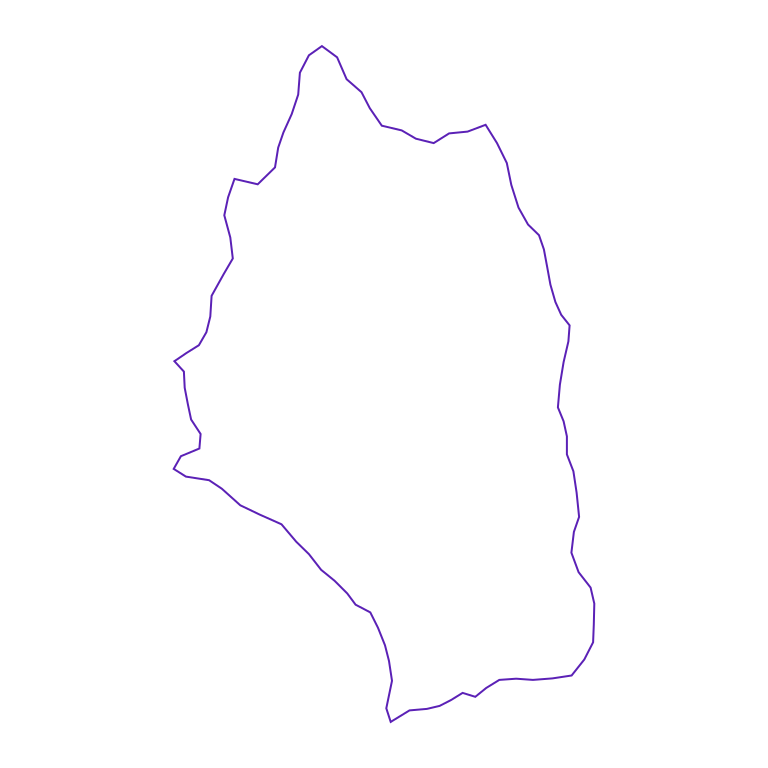 outline of Córrego Fundo, Minas Gerais, Brazil
{"feature_id": "56859067B51911600975572", "entity_name": "Córrego Fundo", "entity_type": "district", "adm_level": 2, "iso_a3": "BRA", "parent_name": "Brazil", "parent_adm1": "Minas Gerais", "projection": "natural_earth1", "projection_center": [-45.534, -20.449], "detail": "fine", "context": "isolated", "style": "outline", "palette": "violet", "viewbox_px": 768, "rotation_deg": 0, "n_neighbors": 0, "source": "geoboundaries", "source_scale": "gbopen_adm2", "svg_char_len": 1343}
<svg xmlns="http://www.w3.org/2000/svg" viewBox="0 0 768 768"><path d="M299.9,72.7L298.2,94.6L291.7,114.1L283.4,132.5L278.2,147.6L275.0,167.4L257.7,184.3L234.5,178.9L228.1,197.3L224.3,215.3L230.3,237.5L232.8,258.5L223.8,273.9L211.6,295.8L210.3,316.5L206.4,332.2L198.9,345.2L186.6,352.9L174.4,361.2L183.9,371.6L184.7,387.8L187.9,404.4L191.1,419.5L200.6,434.0L199.4,448.5L180.9,456.2L173.7,468.9L185.9,476.6L209.1,480.2L221.8,488.7L240.3,505.3L259.5,514.5L281.5,524.3L296.2,541.7L308.9,554.1L321.1,569.8L334.6,580.8L347.3,593.5L355.6,604.7L370.3,612.4L378.0,627.8L385.0,645.3L389.0,661.0L392.0,680.8L386.3,708.3L390.7,721.9L409.5,710.4L426.9,708.9L439.6,705.9L451.1,700.0L462.6,692.9L475.3,696.8L486.3,687.9L499.3,679.9L516.2,678.7L532.9,679.9L552.4,678.4L571.6,675.5L584.3,659.5L593.1,642.3L593.8,624.6L594.3,603.6L590.6,587.6L578.6,572.2L571.4,552.7L573.9,531.9L579.1,516.9L576.6,492.6L573.4,471.3L566.9,454.4L566.9,436.4L563.6,421.3L557.9,407.4L559.9,384.6L563.6,362.1L568.4,341.4L569.6,325.4L561.2,314.8L555.4,302.0L550.4,284.6L547.2,267.1L543.9,249.4L539.0,235.2L528.0,224.5L518.5,207.6L511.3,184.9L506.8,163.0L497.0,143.1L485.6,124.8L467.6,131.6L449.1,133.4L433.7,143.1L415.9,138.7L401.7,130.4L381.8,125.7L369.8,108.2L361.5,92.2L346.6,79.2L337.1,57.3L321.9,46.1L308.9,55.3L299.9,72.7Z" fill="none" stroke="#5b21b6" stroke-width="2"/></svg>